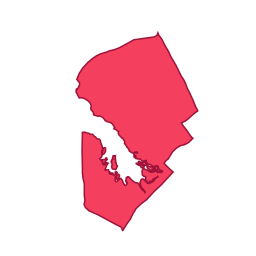 Teluk Bintuni, Papua Barat, Indonesia, rotated 51°
{"feature_id": "22746128B11480476919105", "entity_name": "Teluk Bintuni", "entity_type": "district", "adm_level": 2, "iso_a3": "IDN", "parent_name": "Indonesia", "parent_adm1": "Papua Barat", "projection": "albers", "projection_center": [133.559, -2.087], "detail": "fine", "context": "isolated", "style": "filled", "palette": "rose", "viewbox_px": 256, "rotation_deg": 51, "n_neighbors": 0, "source": "geoboundaries", "source_scale": "gbopen_adm2", "svg_char_len": 6102}
<svg xmlns="http://www.w3.org/2000/svg" viewBox="0 0 256 256"><g transform="rotate(51 128 128)"><path d="M159.9,210.3L163.0,211.1L168.1,210.4L168.7,209.9L176.7,205.9L195.4,198.1L200.7,195.6L204.2,196.7L204.3,196.2L201.8,189.2L200.3,183.5L197.4,177.4L197.0,175.6L196.0,173.5L195.6,171.7L195.2,165.9L195.4,158.5L193.9,148.5L193.1,137.8L190.6,120.6L186.1,121.4L178.2,122.2L177.3,119.4L177.3,116.0L174.6,108.5L174.1,102.8L174.7,98.6L176.5,94.6L176.4,93.8L176.8,93.5L177.0,92.5L177.4,89.4L176.8,84.0L175.8,84.3L172.2,84.3L167.2,83.8L160.4,83.7L157.6,83.2L158.7,79.1L158.8,76.2L158.3,67.2L158.6,63.0L154.3,62.1L146.3,59.7L137.4,57.5L135.1,57.2L129.4,55.2L125.4,54.3L121.4,54.0L109.0,51.2L99.6,49.8L94.3,48.4L86.9,47.3L80.6,45.9L75.0,45.6L72.9,44.9L74.2,47.0L73.9,50.1L63.2,67.7L60.3,83.8L58.7,88.9L56.4,93.8L55.7,96.3L53.1,102.7L52.0,107.4L51.7,112.4L51.8,117.9L52.9,125.4L54.8,131.3L58.0,137.2L62.4,137.2L64.2,138.8L65.5,141.6L65.4,143.5L66.1,143.5L65.8,144.2L66.4,145.0L67.8,145.9L69.4,146.0L70.5,146.4L73.9,147.0L75.6,144.7L78.0,143.2L82.0,141.9L85.0,141.7L87.7,142.6L89.1,144.4L90.3,145.2L93.9,145.1L95.0,145.5L95.5,146.2L96.2,146.4L97.4,145.8L98.3,144.9L99.4,144.4L101.1,142.3L102.6,141.4L105.2,140.8L107.9,141.1L108.2,140.7L109.9,140.4L110.5,139.7L113.3,137.9L115.2,137.6L119.2,138.0L119.1,138.6L119.8,139.5L121.5,138.4L123.4,138.2L124.8,137.4L125.7,138.8L127.3,139.4L131.6,139.1L132.6,138.9L133.0,138.5L134.6,138.9L136.2,138.8L137.8,140.5L141.2,140.5L142.2,140.9L143.1,140.6L144.5,140.9L145.5,140.6L146.2,141.4L146.8,141.5L149.3,140.7L150.5,140.0L151.0,139.2L150.9,138.3L151.3,137.3L152.3,136.1L152.9,136.0L153.4,136.5L153.4,136.8L152.6,136.7L151.8,137.6L151.7,139.1L152.2,140.1L152.8,140.5L154.1,139.6L155.0,139.6L156.3,141.1L158.1,140.1L158.7,139.1L159.2,139.0L160.1,137.9L162.7,137.9L163.8,135.7L164.8,135.0L164.9,134.8L164.5,134.6L164.7,134.2L165.8,135.0L167.1,135.3L168.5,135.2L169.4,134.7L170.1,133.8L173.3,132.8L173.9,132.4L174.9,130.2L175.5,129.3L176.1,128.9L176.6,128.7L177.5,129.0L178.8,130.0L180.5,129.3L181.6,129.5L182.8,128.3L183.4,128.5L183.6,129.4L183.4,130.2L181.2,132.4L181.1,133.0L179.5,133.1L178.8,133.5L178.4,135.4L178.1,135.6L177.7,136.7L176.7,138.3L172.4,139.8L172.1,140.2L169.5,141.1L169.0,141.7L170.0,144.0L173.5,146.4L174.2,146.4L175.8,146.0L176.4,145.3L177.3,145.1L178.1,145.8L178.7,146.8L182.9,147.2L183.3,146.6L183.5,145.1L183.1,144.8L183.9,143.9L184.2,142.7L184.0,141.4L183.2,141.6L183.9,141.0L183.5,140.1L184.1,139.0L183.9,138.6L184.4,136.3L184.2,135.5L184.8,135.5L184.5,137.8L184.6,139.7L185.6,141.5L185.2,142.3L185.3,142.8L184.7,145.4L184.1,147.1L183.2,147.7L177.5,148.2L176.5,149.0L176.3,150.1L177.3,151.6L177.7,152.9L178.9,153.2L178.9,153.6L179.5,154.0L182.8,154.8L187.7,154.7L188.6,155.0L188.9,155.5L186.9,155.3L185.6,155.9L184.5,155.6L182.3,155.8L180.1,155.3L179.0,155.3L178.6,154.9L177.8,154.8L176.3,155.3L175.5,156.4L174.2,157.1L170.6,157.9L167.0,158.0L166.5,158.4L166.0,158.4L165.7,158.9L165.6,160.2L166.6,159.8L165.7,160.5L166.0,161.0L167.4,162.8L167.6,162.9L168.5,162.2L167.9,162.9L168.4,163.4L168.9,163.4L169.2,163.1L169.5,163.5L169.9,163.4L170.2,163.0L170.6,163.4L170.8,163.8L170.7,164.3L171.1,165.1L171.0,166.0L170.6,166.6L170.2,166.6L167.0,166.1L165.2,165.3L162.6,165.3L162.2,166.2L162.6,168.1L162.3,169.1L162.7,170.4L162.1,171.1L160.5,171.0L159.2,169.5L158.4,169.1L158.0,168.5L156.9,168.1L155.6,168.4L151.9,171.2L151.1,171.0L150.5,169.8L149.7,170.2L148.1,169.5L147.2,170.6L146.6,172.0L146.0,172.2L144.2,168.9L143.6,168.6L143.5,168.0L143.1,168.0L143.5,167.4L143.0,166.2L142.4,166.3L142.6,165.7L141.9,165.9L141.3,166.6L141.4,168.2L141.8,169.7L141.1,170.2L140.3,170.4L138.0,169.2L136.4,169.1L137.9,168.9L139.6,169.9L140.2,169.9L140.4,168.2L139.3,165.3L137.8,165.6L137.5,166.6L136.0,168.3L136.1,169.3L135.7,169.5L133.9,169.3L134.0,167.1L133.6,166.3L131.4,164.3L130.2,163.6L127.8,160.7L125.2,159.3L121.8,158.3L121.0,157.6L119.1,157.2L118.5,157.3L117.9,158.2L116.7,158.9L114.6,158.9L113.0,159.4L110.7,159.5L108.7,161.5L107.6,161.6L106.0,163.1L103.9,164.3L102.7,166.2L116.7,178.0L132.2,190.0L133.5,191.2L138.4,194.4L143.9,197.1L152.6,204.2L156.9,206.8L159.9,210.3ZM143.3,156.7L142.4,155.9L142.5,156.2L142.3,156.3L141.6,155.9L141.0,155.9L140.2,157.0L141.6,159.0L142.1,159.1L142.8,159.0L142.3,160.0L143.4,162.2L143.8,162.3L143.9,161.9L144.5,162.8L145.4,162.8L146.7,163.6L147.4,164.9L149.7,165.9L150.5,165.6L152.0,164.0L152.4,164.0L152.4,163.0L150.8,160.0L150.0,160.2L148.6,159.9L147.4,159.0L146.8,159.2L145.7,158.1L143.3,156.7ZM171.9,138.1L175.6,137.3L175.9,136.5L175.4,135.3L175.4,134.6L177.1,134.1L177.4,133.7L175.1,133.2L174.3,133.3L173.3,134.0L170.4,136.3L170.0,136.9L170.0,137.7L171.9,138.1ZM167.3,136.6L164.9,136.0L164.6,136.5L164.5,138.0L164.0,138.7L162.7,139.8L160.9,140.1L160.7,140.3L160.7,141.0L161.8,141.8L162.3,141.8L166.2,139.0L167.3,138.7L169.0,136.4L167.3,136.6ZM129.6,158.1L128.8,158.3L128.5,158.8L128.0,159.6L128.2,160.1L129.7,161.6L130.0,162.8L132.8,164.7L133.0,162.9L132.1,160.2L129.6,158.1ZM167.6,142.2L168.4,140.1L168.4,139.7L167.5,139.5L164.8,140.8L162.1,142.8L161.0,143.0L160.7,143.8L160.8,144.1L161.3,144.0L163.6,143.1L164.9,142.3L166.0,142.3L167.1,142.7L167.6,142.2ZM161.0,168.9L161.4,168.5L161.4,167.7L160.3,165.1L159.3,164.3L158.1,164.4L157.7,164.9L157.6,165.9L157.9,166.6L160.1,168.9L161.0,168.9ZM178.0,132.9L178.6,132.2L178.6,130.3L176.3,129.2L175.8,129.9L175.6,131.9L178.0,132.9ZM179.2,132.2L181.1,132.0L182.3,130.8L182.3,130.5L181.1,129.8L179.2,130.3L178.9,131.2L179.2,132.2ZM155.8,164.4L154.7,164.5L154.2,165.6L156.4,167.3L156.5,166.5L156.1,164.9L155.8,164.4ZM154.5,169.0L154.6,168.4L153.3,168.4L151.6,170.0L151.5,170.8L151.9,170.8L152.7,170.2L152.9,169.4L153.2,169.0L153.1,169.9L153.7,169.5L153.7,169.0L154.5,169.0ZM138.6,163.7L137.9,163.4L137.4,164.1L138.0,165.3L139.5,164.7L139.4,163.9L138.6,164.0L138.6,163.7ZM155.9,141.2L154.6,140.0L154.2,140.1L153.8,141.1L154.2,141.6L155.9,141.2ZM177.6,134.6L175.9,134.7L175.5,134.9L175.6,135.2L176.3,135.8L176.4,136.3L177.3,135.3L177.6,134.6ZM182.8,130.4L183.1,129.9L182.9,128.7L182.1,129.4L182.6,129.9L182.5,130.4L182.8,130.4Z" fill="#f43f5e" stroke="#9f1239" stroke-width="1.5"/></g></svg>